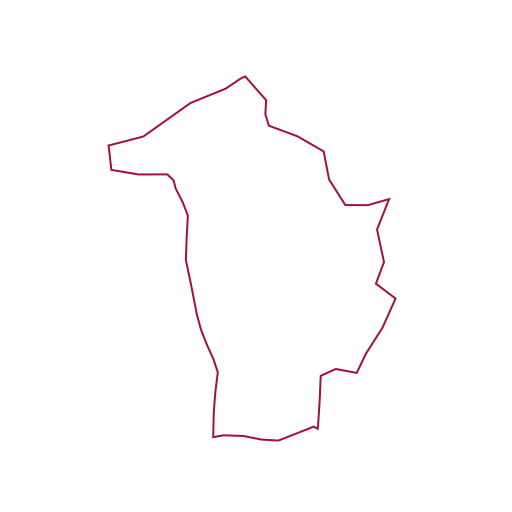 the border of Culfa, rotated 144°
{"feature_id": "AZE-2421", "entity_name": "Culfa", "entity_type": "District", "adm_level": 1, "iso_a3": "AZE", "parent_name": "Azerbaijan", "parent_adm1": "", "projection": "mercator", "projection_center": [45.691, 39.149], "detail": "fine", "context": "isolated", "style": "outline", "palette": "rose", "viewbox_px": 512, "rotation_deg": 144, "n_neighbors": 0, "source": "natural_earth", "source_scale": "10m", "svg_char_len": 832}
<svg xmlns="http://www.w3.org/2000/svg" viewBox="0 0 512 512"><g transform="rotate(144 256 256)"><path d="M307.8,80.0L309.5,84.0L346.3,93.5L359.7,104.5L372.1,117.9L387.6,130.0L397.1,134.6L382.0,154.4L368.9,169.8L355.3,184.3L351.1,197.4L348.1,212.1L343.9,228.5L337.9,244.2L326.3,269.0L315.0,294.1L301.4,311.5L287.4,328.7L283.7,342.6L281.3,357.8L278.2,365.7L279.8,374.2L303.0,390.9L322.4,410.7L310.4,431.8L310.2,431.9L310.2,432.0L276.9,418.9L219.0,418.3L182.0,409.2L164.0,408.6L159.1,407.5L159.1,407.3L158.0,394.5L156.2,376.1L165.1,365.2L169.0,353.8L152.0,328.3L139.8,300.8L151.9,274.9L153.8,244.7L135.6,231.4L114.9,223.8L142.5,206.3L156.0,175.9L175.3,163.1L168.1,139.6L195.9,123.6L224.4,112.4L243.2,102.2L257.9,117.7L274.1,121.0L287.7,103.8L306.7,80.8L307.6,80.2L307.8,80.0Z" fill="none" stroke="#9f1239" stroke-width="2"/></g></svg>